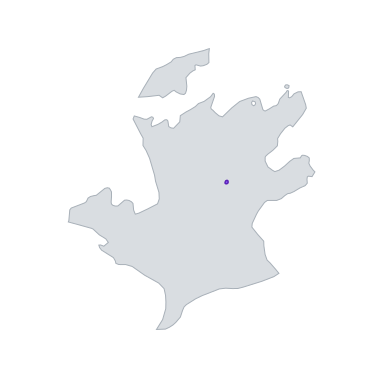 location of Yevlakh City, Yevlakh, Azerbaijan, rotated 108°
{"feature_id": "54616110B78344971255813", "entity_name": "Yevlakh City", "entity_type": "district", "adm_level": 2, "iso_a3": "AZE", "parent_name": "Azerbaijan", "parent_adm1": "Yevlakh", "projection": "natural_earth1", "projection_center": [47.167, 40.614], "detail": "fine", "context": "in_parent", "style": "filled", "palette": "violet", "viewbox_px": 384, "rotation_deg": 108, "n_neighbors": 0, "source": "geoboundaries", "source_scale": "gbopen_adm2", "svg_char_len": 3538}
<svg xmlns="http://www.w3.org/2000/svg" viewBox="0 0 384 384"><g transform="rotate(108 192 192)"><path d="M258.7,300.4L257.2,300.3L246.8,302.7L244.6,301.9L235.6,290.8L233.8,289.5L229.9,289.0L227.7,287.2L225.8,284.2L224.7,282.0L215.5,276.0L214.1,273.8L213.9,271.8L215.3,270.1L216.8,268.6L221.3,267.1L226.6,265.8L228.3,264.9L229.1,263.3L229.1,260.7L228.2,258.2L220.6,253.6L219.8,251.6L219.5,249.2L220.0,246.6L221.1,244.6L227.3,241.9L230.6,239.1L228.5,236.0L221.8,228.9L213.9,221.1L208.7,221.0L202.6,223.3L193.0,230.0L187.6,232.8L180.6,237.6L173.0,242.8L166.8,248.4L162.9,253.0L155.9,255.1L152.4,258.9L140.8,270.6L137.5,270.4L137.3,264.6L137.5,260.1L136.8,257.4L133.0,253.8L133.0,252.3L134.0,251.3L136.9,251.9L140.6,251.7L142.3,250.3L138.4,245.5L134.9,242.3L131.9,240.2L131.2,238.9L131.2,238.0L131.9,236.9L137.0,234.3L137.5,231.9L137.1,229.2L129.1,225.3L123.0,226.7L117.6,222.3L114.1,218.9L109.7,215.2L105.9,213.2L102.1,208.5L95.7,203.8L91.6,202.4L91.6,201.7L92.4,200.8L94.1,200.1L105.7,200.3L107.1,199.4L107.8,197.4L109.4,194.4L111.2,189.9L111.1,186.2L99.6,180.1L91.2,174.6L85.4,167.3L81.5,160.6L81.7,158.3L82.8,156.2L91.8,150.0L92.4,148.4L92.3,147.3L89.1,144.2L85.1,140.9L83.8,138.5L81.3,137.3L76.5,137.2L68.1,133.3L66.3,132.9L65.9,132.1L66.3,131.3L72.3,129.6L72.3,128.3L70.5,126.6L67.1,125.3L64.0,122.1L62.9,119.2L73.8,110.9L77.0,109.2L84.1,110.7L98.9,116.3L97.9,119.4L99.3,121.1L102.7,123.4L109.2,125.8L114.7,127.1L117.5,126.0L121.7,125.1L127.2,127.9L132.3,131.4L134.8,132.8L136.2,133.2L140.0,132.0L144.7,127.5L146.5,122.1L147.0,119.5L144.3,115.9L138.8,112.0L132.6,108.5L128.6,105.5L126.1,99.6L123.5,98.9L122.8,98.1L122.4,96.1L122.5,93.2L123.4,91.0L126.0,90.1L128.5,89.8L130.8,87.7L133.7,83.6L134.9,81.3L140.3,82.6L141.0,86.3L142.0,87.0L144.3,86.6L148.0,85.1L150.9,86.3L154.8,90.6L160.1,95.2L162.9,98.3L164.0,100.5L166.7,102.6L170.7,105.0L173.8,108.8L176.7,117.7L179.5,119.8L189.7,123.1L193.3,123.8L203.3,125.0L206.9,124.2L212.0,116.5L216.6,108.6L221.0,107.0L228.8,103.2L233.5,99.6L235.4,95.7L239.8,88.4L242.5,84.2L247.1,87.9L255.2,97.8L266.7,114.0L269.6,118.6L271.4,123.9L273.1,130.3L275.7,136.0L287.4,150.3L292.5,155.6L300.8,162.5L303.7,164.0L307.5,164.4L314.5,164.4L321.0,167.1L324.3,169.0L327.6,171.7L330.6,174.9L333.7,183.3L322.4,180.5L311.1,180.9L304.7,182.8L298.5,185.2L292.5,188.7L288.9,195.5L285.8,211.2L281.3,225.9L281.5,232.7L283.6,239.2L283.4,242.3L281.3,243.6L278.7,246.4L275.3,259.9L273.5,262.6L271.3,264.2L270.6,262.6L270.8,259.1L265.8,256.0L263.2,259.5L261.4,266.9L257.8,274.7L257.6,276.2L258.7,300.4ZM90.4,162.0L90.9,159.9L89.5,158.9L88.0,158.9L86.7,159.9L86.7,162.5L88.5,163.0L90.4,162.0ZM52.8,223.2L51.1,221.0L50.3,219.8L55.3,218.8L63.7,215.9L66.0,217.3L68.4,220.3L69.6,222.8L69.8,227.5L70.8,228.3L74.8,226.7L76.6,228.6L79.7,230.8L85.1,233.1L93.0,229.6L96.9,228.7L100.1,228.7L101.8,229.8L102.4,233.5L101.7,238.0L100.8,240.4L102.4,242.2L108.8,246.6L111.5,249.0L110.2,253.2L114.9,263.4L116.5,267.4L118.4,272.2L108.6,270.3L91.0,266.2L86.1,264.1L81.6,258.4L78.8,255.6L74.8,252.1L71.5,250.8L69.0,248.3L67.6,244.7L65.5,241.4L61.9,237.6L53.8,224.5L52.8,223.2ZM63.9,135.9L62.8,136.6L61.1,135.9L60.6,134.3L60.8,132.6L62.4,132.2L63.8,132.7L64.2,134.2L63.9,135.9Z" fill="#d9dde1" stroke="#a8b0b8" stroke-width="1"/><path d="M173.3,163.3L173.4,163.2L173.6,162.9L173.7,162.1L173.2,161.2L172.6,160.8L172.2,160.6L171.3,160.7L170.8,161.0L170.4,161.2L170.4,161.3L170.1,161.8L170.1,162.3L170.5,162.9L171.0,163.4L171.3,163.4L171.7,163.4L172.4,163.6L172.9,163.4L173.3,163.3Z" fill="#8b5cf6" stroke="#5b21b6" stroke-width="1.5"/></g></svg>